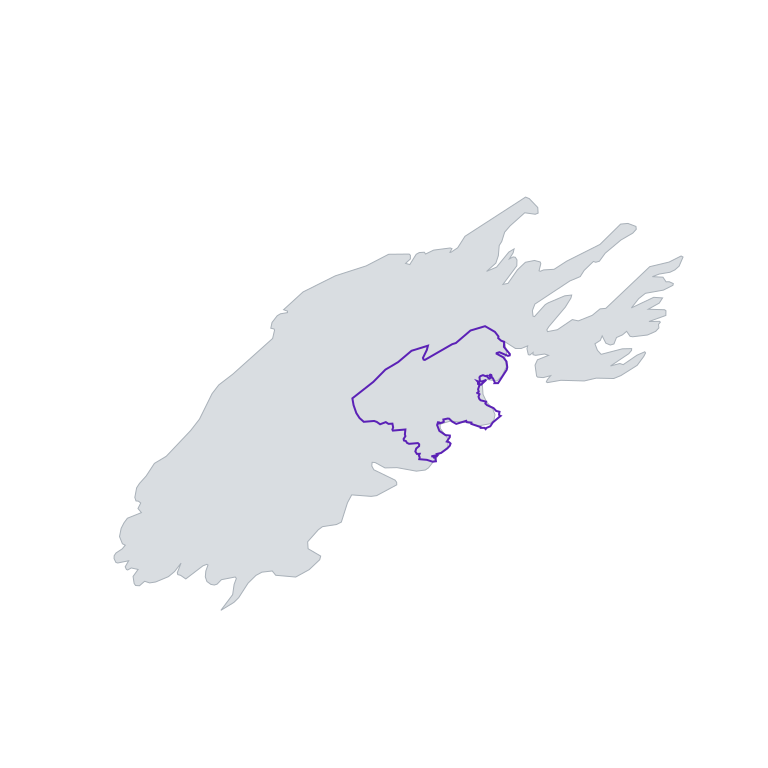 Iceland, with Norðurland vestra highlighted, rotated 149°
{"feature_id": "ISL-697", "entity_name": "Norðurland vestra", "entity_type": "Region", "adm_level": 1, "iso_a3": "ISL", "parent_name": "Iceland", "parent_adm1": "", "projection": "robinson", "projection_center": [-19.727, 65.454], "detail": "medium", "context": "in_parent", "style": "outline", "palette": "violet", "viewbox_px": 768, "rotation_deg": 149, "n_neighbors": 0, "source": "natural_earth", "source_scale": "10m", "svg_char_len": 5608}
<svg xmlns="http://www.w3.org/2000/svg" viewBox="0 0 768 768"><g transform="rotate(149 384 384)"><path d="M585.6,285.6L592.3,285.9L603.1,283.3L618.6,275.7L625.2,274.1L640.4,274.0L622.2,281.4L615.7,289.4L610.7,293.4L610.9,295.2L624.1,300.0L630.2,298.4L633.0,299.1L635.6,301.4L637.5,305.9L636.5,310.7L633.0,315.5L628.1,319.5L628.8,320.7L632.9,321.4L654.3,319.0L656.9,324.8L658.9,326.8L658.4,328.7L650.2,335.0L660.1,331.1L668.0,329.9L681.7,331.9L687.3,334.2L690.8,338.2L697.5,337.0L700.7,339.2L700.9,341.7L698.2,348.3L690.3,351.7L695.4,356.5L699.5,356.6L700.3,357.7L700.0,360.6L693.9,364.0L704.4,367.7L705.7,369.1L705.3,373.4L703.7,375.8L700.7,377.2L693.3,377.5L688.8,379.1L690.5,381.8L689.3,389.4L683.7,395.6L678.4,398.9L673.1,401.1L658.2,398.7L659.0,404.0L653.8,407.3L654.9,410.1L656.8,411.5L656.0,415.1L649.5,422.4L644.8,424.7L635.3,427.6L621.7,434.2L607.8,434.2L573.7,443.7L560.3,448.9L536.3,464.3L526.1,468.3L508.6,470.3L456.0,480.4L450.1,486.5L449.9,487.8L452.3,490.1L448.3,494.4L440.4,497.5L436.6,497.5L430.0,494.9L429.2,496.2L431.8,499.4L406.0,504.6L370.1,501.8L338.4,494.4L313.2,492.8L295.5,482.4L295.1,480.8L297.0,477.6L303.4,476.3L300.4,473.1L289.6,478.6L286.1,478.5L281.6,476.2L281.4,474.0L272.5,473.2L257.2,466.5L256.0,465.0L259.7,462.9L259.0,462.4L250.7,462.8L238.5,468.9L166.4,471.3L164.0,468.1L161.3,456.1L163.9,451.1L166.9,451.6L175.2,458.3L194.5,454.6L202.4,452.0L209.7,445.5L213.9,443.4L219.9,435.1L225.9,430.0L238.1,427.7L227.3,426.2L209.0,432.8L202.9,432.8L205.8,429.9L212.1,426.7L207.8,426.4L206.2,425.0L206.1,421.9L209.3,416.9L230.8,408.1L225.9,406.4L210.9,413.1L200.1,415.5L191.4,412.4L187.3,408.2L187.6,406.4L192.8,401.2L192.0,400.1L188.5,399.6L179.1,394.7L164.1,395.2L127.0,392.4L98.8,399.2L92.2,396.0L86.9,389.3L88.1,386.7L93.0,385.2L106.7,385.4L127.0,382.2L136.2,378.3L139.8,379.3L141.4,381.2L153.9,378.3L160.5,375.0L171.6,376.6L213.5,374.8L219.0,370.5L221.3,365.4L220.3,364.3L204.9,369.0L201.4,369.0L183.7,366.5L177.3,363.6L179.5,361.4L189.0,356.5L213.1,348.3L216.5,346.6L216.9,344.7L207.4,341.2L189.4,342.2L184.9,338.0L170.1,335.6L160.1,337.1L154.9,334.6L95.8,347.7L76.9,341.7L63.4,340.7L62.3,338.8L70.4,333.0L75.9,332.0L81.3,332.5L91.5,336.5L98.7,337.8L89.9,331.9L89.6,326.3L86.9,324.8L84.3,321.1L85.5,319.8L96.2,320.6L113.2,327.1L121.7,326.0L132.8,321.8L108.2,319.4L100.9,314.3L106.4,311.6L119.0,312.0L105.2,303.1L104.6,301.6L107.1,297.6L124.7,301.1L115.5,295.8L115.3,294.7L118.0,293.7L119.5,290.5L124.0,289.2L132.9,290.3L146.5,296.4L148.5,298.1L148.9,304.2L154.3,303.3L160.8,304.1L166.3,299.9L170.0,300.9L172.8,304.7L172.2,312.9L176.1,310.0L182.5,309.8L183.7,303.0L182.6,297.6L161.6,291.4L153.5,286.8L154.5,285.3L158.6,283.9L180.6,282.8L171.3,280.1L169.0,277.4L152.3,278.4L143.9,277.3L143.8,275.9L147.2,273.8L157.4,269.6L176.6,269.2L184.3,270.4L199.0,279.7L210.8,283.5L230.5,296.1L243.2,301.0L243.8,302.2L241.7,303.6L236.8,305.3L244.3,307.5L248.8,310.8L249.1,312.2L244.8,322.4L240.0,325.7L228.2,323.8L230.9,327.0L239.3,330.5L241.2,332.4L239.9,334.3L244.0,333.7L245.2,334.8L243.3,340.6L241.2,342.7L248.2,343.8L253.0,346.7L258.8,358.3L262.1,349.4L263.8,346.1L266.7,344.9L270.2,335.8L278.2,330.4L285.6,328.4L293.2,334.7L298.7,335.3L304.5,324.1L305.3,315.9L303.6,306.9L304.7,300.4L308.4,296.5L313.4,295.3L324.0,299.2L332.8,308.2L346.1,318.0L355.4,320.4L357.0,320.1L358.7,316.9L357.3,304.0L361.6,297.2L372.5,295.5L389.1,289.2L392.9,289.0L401.1,292.6L415.9,305.6L426.4,311.6L432.0,321.2L434.5,323.0L436.7,320.0L436.9,315.7L424.0,295.9L423.8,293.2L425.0,291.0L447.8,292.1L452.9,294.3L468.8,305.6L476.5,301.0L491.7,287.6L497.0,288.0L510.2,293.4L515.4,292.9L530.7,288.1L533.9,281.9L526.9,269.1L529.6,266.5L543.7,263.4L559.1,264.0L575.3,275.8L576.1,281.3L585.6,285.6Z" fill="#d9dde1" stroke="#a8b0b8" stroke-width="1"/><path d="M261.4,365.8L262.5,364.5L261.3,360.8L259.3,358.3L262.1,354.0L260.7,344.8L261.5,343.8L263.3,344.3L268.7,351.8L271.5,352.5L271.9,352.0L268.0,345.4L267.4,340.2L269.7,334.9L271.5,333.0L285.8,326.0L288.8,327.8L288.2,328.2L287.7,332.8L288.2,333.9L287.4,336.5L288.1,337.3L289.4,337.0L288.9,334.4L291.0,334.4L291.8,336.5L291.4,338.0L293.0,338.5L294.6,340.6L297.4,341.1L298.7,340.6L300.3,337.0L298.7,335.7L294.2,334.9L301.3,333.4L302.0,334.1L301.8,337.5L302.6,338.5L302.4,337.3L303.4,335.6L302.7,334.4L303.3,333.4L306.1,331.0L306.7,328.7L309.6,328.2L308.3,328.1L307.4,326.1L309.5,324.5L310.0,322.2L309.6,320.3L305.6,316.3L307.2,315.0L306.6,312.8L302.5,306.9L301.7,303.1L299.3,300.7L301.0,298.8L301.3,297.6L300.5,296.6L310.6,295.0L314.7,293.0L318.9,293.6L320.1,293.0L320.4,294.6L323.7,296.6L323.3,297.2L329.7,304.8L328.9,305.9L332.7,308.7L332.5,310.1L342.6,312.6L345.0,316.8L346.0,320.7L347.2,321.6L351.4,323.0L352.2,320.8L354.0,321.0L357.8,322.0L356.7,322.8L357.4,323.4L359.6,321.5L360.7,315.3L357.6,308.5L354.1,305.9L354.9,304.6L359.8,302.3L358.1,300.5L357.6,298.7L359.4,297.2L362.8,296.2L370.6,295.5L374.7,296.8L374.6,295.5L376.0,295.0L376.6,295.0L376.2,296.1L380.6,297.6L378.9,296.2L379.0,295.0L377.8,294.5L379.3,291.0L382.4,292.4L386.3,296.9L392.5,301.4L391.1,302.9L391.0,304.6L389.4,305.8L391.8,307.1L391.9,310.0L389.6,312.1L385.9,312.7L384.9,314.2L385.4,315.9L393.3,319.8L394.6,321.7L394.6,323.8L396.0,325.3L395.5,326.8L392.5,328.3L392.1,330.0L389.1,334.0L400.4,339.5L400.3,340.6L398.5,342.1L397.2,345.7L400.7,347.5L402.1,350.4L408.1,351.5L409.7,355.2L411.5,357.4L420.8,362.0L422.5,367.4L422.7,373.3L421.0,381.5L418.5,388.0L392.1,391.3L375.4,395.6L360.6,395.5L343.3,398.3L326.6,394.2L329.8,391.1L337.2,386.3L337.5,384.5L336.6,383.6L305.0,383.0L301.3,382.1L282.3,385.3L267.6,381.5L262.1,371.6L261.4,365.8Z" fill="none" stroke="#5b21b6" stroke-width="2"/></g></svg>